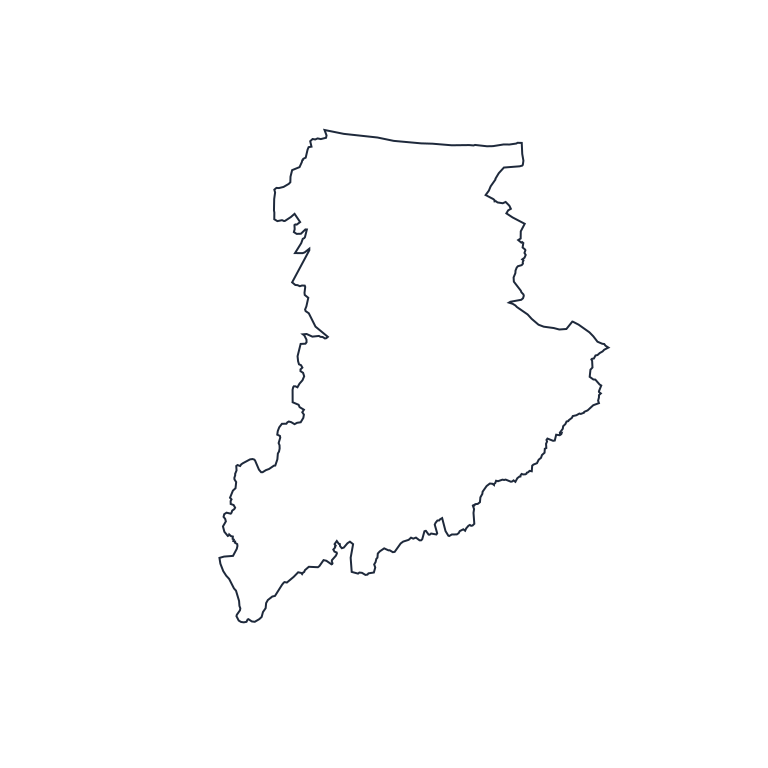 the district of Ambovombe-Androy, Androy, Madagascar, rotated 211°
{"feature_id": "10022922B3330352702203", "entity_name": "Ambovombe-Androy", "entity_type": "district", "adm_level": 2, "iso_a3": "MDG", "parent_name": "Madagascar", "parent_adm1": "Androy", "projection": "robinson", "projection_center": [45.726, -24.798], "detail": "fine", "context": "isolated", "style": "outline", "palette": "slate", "viewbox_px": 768, "rotation_deg": 211, "n_neighbors": 0, "source": "geoboundaries", "source_scale": "gbopen_adm2", "svg_char_len": 6166}
<svg xmlns="http://www.w3.org/2000/svg" viewBox="0 0 768 768"><g transform="rotate(211 384 384)"><path d="M212.9,526.8L210.4,530.8L213.9,530.9L215.8,531.7L217.7,530.9L222.8,530.2L229.2,532.7L234.5,534.1L247.8,535.1L254.0,534.7L254.7,534.5L256.0,525.1L261.8,521.0L267.3,519.4L276.6,515.4L282.1,514.4L291.0,515.9L296.7,517.6L309.6,518.4L311.9,519.0L315.0,519.0L318.8,518.1L318.0,519.6L309.7,526.9L309.0,529.1L309.6,531.6L310.6,532.6L313.5,533.4L314.7,534.4L325.4,538.6L327.8,542.1L328.5,546.7L329.7,549.0L330.2,552.1L329.9,553.9L327.2,556.8L326.9,558.7L327.8,559.8L328.1,561.8L329.7,562.0L328.6,564.6L329.0,567.6L331.1,568.7L331.7,571.5L332.2,571.9L335.5,572.4L337.2,576.6L338.7,576.8L339.1,575.9L343.1,576.5L341.8,579.1L345.4,585.3L345.9,593.8L359.6,593.0L367.0,593.3L367.0,596.8L365.5,599.5L368.4,601.4L373.5,602.7L375.3,600.1L380.2,598.1L382.4,598.3L383.3,597.5L384.2,598.6L385.5,598.8L394.2,598.3L393.7,603.7L394.4,608.4L393.8,616.6L394.2,617.4L394.2,623.8L392.7,631.3L379.8,640.5L378.0,642.4L377.9,643.4L379.5,647.2L384.0,652.4L390.1,661.6L393.8,659.5L394.4,658.3L399.8,653.9L404.9,650.9L413.1,644.0L418.2,640.8L429.1,635.8L430.1,634.6L434.0,632.7L448.9,623.5L466.3,614.9L476.1,609.4L500.9,597.4L516.6,591.9L547.3,577.7L565.8,571.1L561.3,567.5L560.5,565.2L564.3,561.4L567.4,560.3L568.9,558.2L571.4,557.2L572.3,554.1L568.4,550.1L570.6,548.2L570.2,545.5L567.7,537.7L569.2,535.4L568.9,534.2L569.3,533.7L568.7,531.8L568.1,526.4L572.9,520.0L570.9,513.5L568.2,508.7L568.7,506.5L571.6,501.2L575.0,497.8L577.2,496.7L578.1,494.1L576.0,492.1L573.4,486.0L567.7,476.1L566.3,474.5L562.9,468.7L559.3,468.7L555.8,471.9L553.6,472.2L552.9,472.8L549.8,479.2L548.3,483.8L539.3,479.6L540.9,475.7L542.2,475.1L542.6,474.1L540.3,470.7L539.5,467.8L536.2,467.7L532.6,470.0L531.0,476.0L529.7,476.7L527.4,469.2L527.5,468.0L528.4,466.6L527.5,462.1L527.7,450.4L521.2,454.2L519.8,455.9L517.7,461.5L516.9,460.2L515.1,423.8L511.0,423.2L509.0,424.2L506.5,424.5L505.0,426.2L502.6,427.5L501.5,426.6L499.1,421.2L497.8,419.5L493.3,418.9L490.5,410.5L490.0,407.2L488.7,406.1L484.9,405.9L472.3,397.9L456.4,395.5L457.1,393.5L458.1,392.6L460.8,392.7L462.8,391.7L464.5,391.7L469.8,387.7L476.1,387.0L479.1,384.8L477.3,384.6L473.3,382.1L471.9,379.9L472.1,378.1L476.1,375.4L472.4,363.3L469.4,359.3L467.0,357.1L464.8,357.4L462.4,356.0L463.1,353.5L462.2,352.0L459.1,351.9L456.4,349.5L455.8,345.2L456.6,340.8L456.5,336.6L458.7,336.4L460.1,335.6L460.2,334.5L459.4,332.0L452.9,321.3L446.5,322.2L444.4,320.7L439.4,320.7L439.5,317.7L436.9,316.5L435.7,313.4L435.7,308.3L438.5,306.0L440.0,303.5L443.9,303.5L446.3,302.8L447.1,301.3L447.2,299.7L451.0,297.3L451.5,292.9L450.8,288.9L449.4,285.6L446.5,285.9L445.3,284.6L443.9,279.1L442.0,277.7L440.2,274.9L439.2,272.0L439.2,269.8L436.6,264.5L435.2,258.1L436.3,257.3L438.8,251.9L440.9,249.3L442.6,245.9L443.9,245.1L447.1,246.2L455.1,252.0L456.2,252.4L458.0,252.0L460.0,250.4L464.1,243.5L465.0,241.6L465.1,239.6L467.8,239.1L468.4,237.6L465.9,234.0L465.3,230.2L464.6,229.3L463.9,226.4L463.0,225.2L460.2,223.8L457.6,218.2L458.6,214.8L457.4,207.2L455.3,206.6L455.2,204.7L453.6,202.2L450.6,202.8L447.9,201.3L447.9,199.6L448.9,197.3L448.4,195.1L448.6,193.9L452.7,192.6L453.9,190.1L453.1,187.5L450.7,186.6L448.8,184.8L448.7,179.0L444.7,175.1L439.6,173.3L439.0,174.4L439.2,175.3L436.8,174.8L435.0,175.4L434.0,173.3L432.6,173.3L432.3,171.8L430.5,172.3L430.1,171.2L427.4,171.2L426.2,169.7L425.3,166.9L424.9,158.9L432.2,153.7L435.5,150.2L431.7,145.7L425.4,140.8L420.5,138.4L416.4,137.2L407.3,131.5L404.4,130.6L396.5,123.4L393.6,119.3L391.6,117.7L390.9,115.8L391.3,110.4L390.9,109.0L386.7,106.4L384.0,106.4L381.4,107.5L379.4,109.3L379.6,111.9L379.1,112.6L375.0,112.4L372.3,113.6L369.8,118.2L368.9,121.3L370.3,126.2L370.0,130.9L372.2,135.5L372.3,139.0L370.3,144.3L368.3,146.2L368.0,159.5L367.6,162.2L367.2,163.0L365.0,163.8L362.1,172.1L360.6,178.4L357.7,179.4L356.3,178.9L356.3,180.5L355.6,181.8L355.9,183.7L354.3,188.6L346.3,192.9L345.6,194.6L345.1,201.9L342.4,202.8L336.1,202.4L335.7,203.0L335.8,203.8L337.5,205.2L337.9,206.2L336.8,212.1L337.1,214.5L337.8,215.2L340.1,214.8L342.2,216.0L341.8,218.0L341.8,218.9L342.4,219.6L342.1,220.5L343.9,221.3L343.6,225.1L340.4,223.7L339.6,224.1L338.1,222.4L335.6,221.5L334.2,223.1L333.3,228.7L332.0,231.3L328.0,230.8L323.1,217.9L314.9,206.3L308.6,208.1L308.0,209.7L305.6,210.8L301.6,210.8L300.0,212.1L299.8,213.7L295.6,217.2L297.0,222.2L299.5,224.3L299.5,227.0L300.5,230.1L300.2,231.8L302.0,235.5L301.4,238.4L299.2,243.2L294.5,243.7L293.5,244.4L289.8,244.4L288.4,245.6L287.6,255.9L286.4,258.8L282.6,263.1L281.7,266.2L279.3,266.5L277.5,268.8L273.0,268.3L271.6,269.2L271.3,270.7L273.5,278.6L272.9,279.4L272.4,279.7L268.2,277.9L267.2,278.4L266.6,280.1L261.6,282.0L261.5,283.4L268.1,289.6L268.3,291.7L267.9,294.5L266.4,295.5L266.3,296.8L265.1,299.0L255.5,289.6L250.7,287.1L249.8,287.3L248.4,289.9L244.1,292.6L243.2,294.6L243.3,296.9L241.2,300.3L238.9,300.0L239.2,302.5L238.6,306.0L237.8,307.4L236.3,307.3L235.2,308.3L234.6,310.7L240.9,319.6L242.4,323.2L245.2,325.5L245.0,326.2L244.0,326.4L243.9,328.0L241.9,329.5L240.9,332.1L243.0,336.5L243.1,340.4L244.0,342.5L243.5,349.4L242.0,353.2L239.7,354.3L237.7,354.1L238.2,355.1L237.6,356.4L238.1,358.8L236.2,359.4L233.2,363.0L231.6,363.6L230.5,364.7L224.9,365.6L223.9,366.5L223.3,368.1L221.0,367.8L221.2,371.9L220.3,374.3L219.4,375.0L219.9,376.1L219.7,377.8L218.2,378.1L216.2,379.5L215.7,380.5L215.9,381.5L214.9,382.7L214.5,384.5L212.4,385.3L214.9,390.3L214.4,391.9L212.1,394.9L212.4,398.8L211.4,401.6L212.0,404.5L211.0,407.8L212.8,411.3L211.9,412.7L214.3,416.2L214.6,418.7L215.9,419.7L215.8,421.4L209.8,422.4L208.5,423.5L210.3,429.2L207.0,430.6L206.2,432.3L206.4,433.2L207.3,431.9L208.2,432.8L207.7,437.7L208.7,440.1L207.9,443.0L208.2,445.9L206.9,447.1L207.0,448.0L205.5,451.8L205.7,453.7L203.0,456.3L201.3,459.3L199.9,459.7L197.8,462.4L198.0,463.3L195.9,466.2L193.7,473.6L189.9,478.3L191.9,480.0L192.8,483.1L194.0,485.2L193.3,487.6L195.4,487.8L196.0,488.4L197.0,494.6L198.9,494.6L205.1,496.6L206.9,495.7L211.4,496.1L214.4,502.6L213.8,505.5L217.5,511.0L218.9,511.9L218.7,512.7L217.2,514.0L217.4,517.4L215.9,518.8L215.0,521.7L213.4,524.5L212.9,526.8Z" fill="none" stroke="#1e293b" stroke-width="2"/></g></svg>